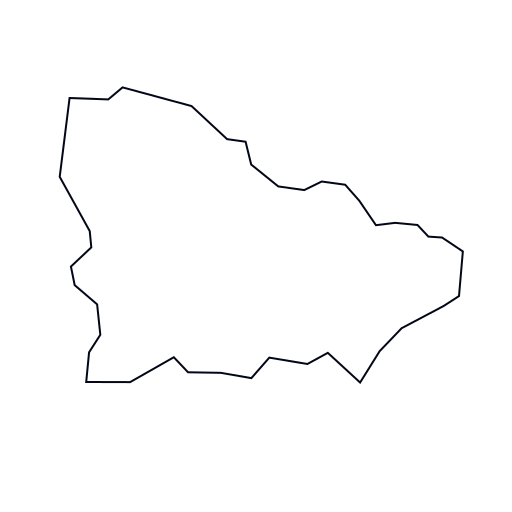 Kolonjë, Korçë, Albania (Natural Earth projection), rotated 278°
{"feature_id": "67620474B91947048364679", "entity_name": "Kolonjë", "entity_type": "district", "adm_level": 2, "iso_a3": "ALB", "parent_name": "Albania", "parent_adm1": "Korçë", "projection": "natural_earth1", "projection_center": [20.638, 40.285], "detail": "fine", "context": "isolated", "style": "outline", "palette": "ink", "viewbox_px": 512, "rotation_deg": 278, "n_neighbors": 0, "source": "geoboundaries", "source_scale": "gbopen_adm2", "svg_char_len": 651}
<svg xmlns="http://www.w3.org/2000/svg" viewBox="0 0 512 512"><g transform="rotate(278 256 256)"><path d="M107.6,105.4L113.6,148.9L144.3,188.7L131.4,204.9L135.4,237.3L134.4,268.4L157.2,283.3L156.2,321.9L170.1,340.6L145.2,376.7L179.0,391.7L204.8,410.3L232.7,448.9L244.6,462.6L289.3,460.2L300.2,437.7L299.2,424.0L309.2,411.6L308.2,389.2L303.2,370.5L325.1,350.6L339.0,334.4L338.9,310.7L328.0,294.6L328.0,268.4L345.9,238.5L367.7,229.8L367.7,211.1L395.5,171.3L404.4,100.4L390.5,87.9L386.5,49.4L307.1,50.6L257.5,87.9L241.6,91.7L219.8,74.2L201.9,80.5L186.0,105.4L156.3,112.8L137.4,104.1L107.6,105.4Z" fill="none" stroke="#020617" stroke-width="2"/></g></svg>